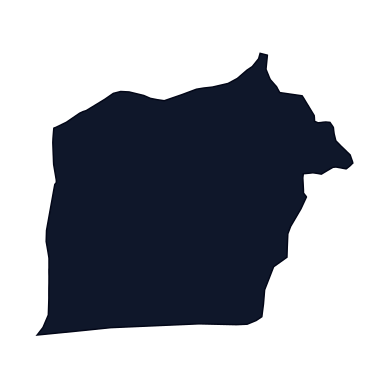 At Tawisha, North Darfur, Sudan (Albers equal-area conic projection), rotated 177°
{"feature_id": "16777658B99134318369126", "entity_name": "At Tawisha", "entity_type": "district", "adm_level": 2, "iso_a3": "SDN", "parent_name": "Sudan", "parent_adm1": "North Darfur", "projection": "albers", "projection_center": [26.309, 12.46], "detail": "fine", "context": "isolated", "style": "filled", "palette": "ink", "viewbox_px": 384, "rotation_deg": 177, "n_neighbors": 0, "source": "geoboundaries", "source_scale": "gbopen_adm2", "svg_char_len": 2673}
<svg xmlns="http://www.w3.org/2000/svg" viewBox="0 0 384 384"><g transform="rotate(177 192 192)"><path d="M326.6,263.0L326.7,262.5L327.2,259.0L328.0,252.8L328.4,248.6L328.4,248.4L328.5,242.9L328.6,236.5L328.6,234.8L328.7,229.6L328.7,226.7L327.4,215.5L327.2,213.7L326.8,210.3L327.0,210.1L326.8,208.8L328.6,206.7L329.6,202.6L330.7,197.9L331.7,193.6L339.3,161.2L340.2,150.2L339.7,146.1L339.0,140.2L338.5,135.7L338.3,133.8L338.3,132.8L338.8,123.1L338.9,122.7L339.1,118.8L339.2,115.6L339.6,108.4L340.0,102.7L340.4,95.3L340.4,94.9L340.5,93.3L340.7,90.7L341.3,83.7L341.9,76.8L341.9,76.7L345.2,70.0L346.7,66.9L347.9,64.5L353.3,58.2L354.1,57.3L306.2,59.5L280.3,60.8L191.9,60.0L154.5,57.2L143.8,57.1L134.7,60.3L128.8,63.8L126.5,76.4L124.6,90.5L114.4,113.1L100.6,121.9L99.8,131.5L98.5,145.2L95.3,152.5L84.1,169.5L78.0,181.0L78.2,181.5L80.7,185.1L80.7,185.9L80.6,188.3L80.6,192.4L80.6,195.6L80.6,196.0L80.6,197.8L80.6,198.8L80.6,199.4L80.6,200.3L79.9,204.4L77.5,204.5L72.9,204.7L71.7,204.8L71.3,204.8L70.3,204.9L70.0,204.8L69.3,204.7L65.3,203.9L62.4,203.2L61.8,203.1L60.5,203.8L59.0,204.6L58.6,204.8L55.6,206.4L55.0,206.7L50.3,209.1L49.9,209.3L49.0,209.3L48.1,209.4L47.4,209.4L47.2,209.4L46.3,209.3L44.7,208.9L43.4,208.6L43.2,208.6L41.6,208.2L41.2,208.1L40.9,208.0L39.3,207.6L39.1,207.6L38.0,207.3L37.6,207.2L37.0,207.1L36.7,207.1L36.5,207.3L36.1,207.5L35.9,207.7L35.7,207.8L35.5,208.0L35.4,208.1L35.2,208.2L34.9,208.4L34.7,208.5L34.4,208.8L34.2,208.9L34.0,209.0L33.7,209.3L33.4,209.5L32.8,209.9L32.7,210.0L32.2,210.4L31.9,210.7L31.9,210.8L30.7,211.8L30.5,212.0L30.4,212.1L30.2,212.2L30.2,212.3L29.9,212.5L30.1,213.7L30.2,214.1L31.4,218.1L31.5,218.6L31.7,219.2L32.1,220.7L34.0,222.8L35.0,223.8L36.4,225.4L39.4,228.6L41.6,230.9L41.6,231.0L44.5,234.3L44.9,234.7L45.7,235.6L45.7,236.0L45.8,236.1L45.9,236.7L46.9,242.0L47.1,243.3L47.1,243.7L47.3,246.1L47.4,248.5L47.5,249.2L50.6,254.3L54.8,254.9L57.7,254.8L59.7,254.6L60.4,254.6L62.4,254.5L62.5,254.5L65.9,256.2L65.9,256.3L65.9,257.0L65.9,257.7L65.9,258.5L65.9,259.0L65.9,260.4L66.0,261.6L66.0,262.0L68.2,266.1L70.7,270.7L70.9,271.2L72.2,273.5L74.4,277.6L75.0,278.8L75.9,280.4L77.0,282.3L90.2,284.9L92.2,285.3L94.7,285.8L96.8,286.2L99.2,286.7L101.5,291.4L101.5,291.6L101.7,291.9L102.1,292.8L103.5,294.5L107.9,300.1L108.8,302.3L109.5,304.4L111.7,310.7L109.6,324.4L109.6,324.7L116.7,326.9L118.5,321.6L125.2,314.1L130.6,310.9L140.8,303.0L150.3,298.5L166.1,295.7L175.0,295.2L182.2,294.4L197.1,289.7L214.9,284.6L221.9,286.0L228.7,287.7L235.1,290.9L249.5,295.2L257.9,296.1L265.4,294.6L274.3,289.1L293.4,278.8L296.5,278.0L300.0,276.6L313.8,268.2L324.7,263.6L325.8,263.3L326.6,263.0Z" fill="#0f172a" stroke="#020617" stroke-width="1.5"/></g></svg>